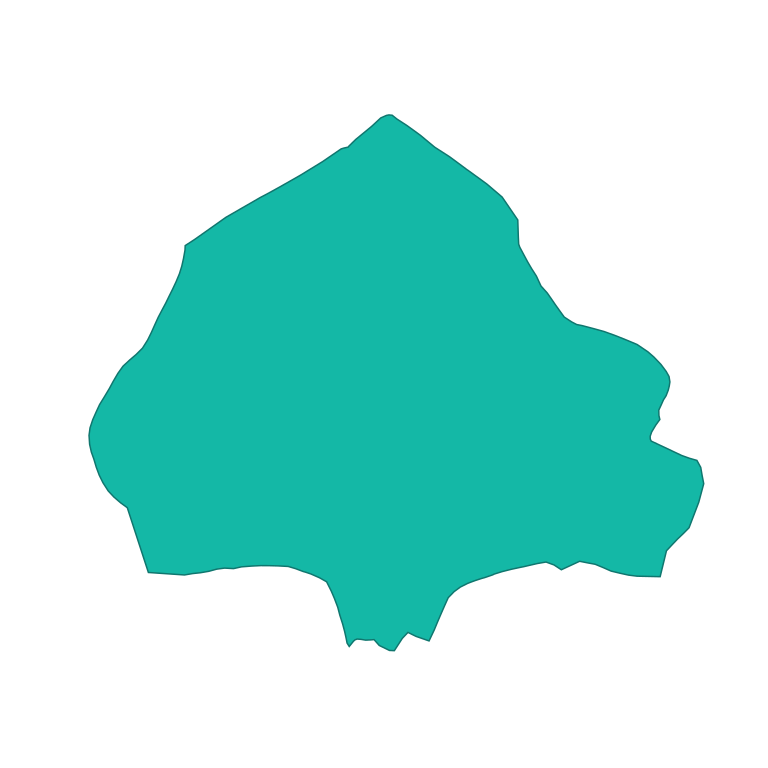 Mabyan, Hajjah, Yemen (Albers equal-area conic projection), rotated 261°
{"feature_id": "15242507B90557781353206", "entity_name": "Mabyan", "entity_type": "district", "adm_level": 2, "iso_a3": "YEM", "parent_name": "Yemen", "parent_adm1": "Hajjah", "projection": "albers", "projection_center": [43.541, 15.755], "detail": "fine", "context": "isolated", "style": "filled", "palette": "teal", "viewbox_px": 768, "rotation_deg": 261, "n_neighbors": 0, "source": "geoboundaries", "source_scale": "gbopen_adm2", "svg_char_len": 2629}
<svg xmlns="http://www.w3.org/2000/svg" viewBox="0 0 768 768"><g transform="rotate(261 384 384)"><path d="M179.0,463.0L180.2,471.2L181.1,481.1L181.6,490.4L181.7,493.3L182.1,498.8L182.7,507.4L182.8,516.2L178.7,523.6L172.8,530.1L178.3,549.5L177.7,551.1L175.6,556.8L172.9,564.4L168.3,571.9L163.7,579.0L160.1,587.7L157.0,595.6L154.6,603.9L150.5,626.6L175.1,636.9L179.9,643.1L184.9,649.6L189.5,656.3L194.3,662.8L218.0,676.4L235.3,684.1L235.6,684.2L244.0,683.9L252.1,683.8L259.6,681.1L262.9,674.0L266.7,667.1L266.8,666.9L285.8,639.0L287.9,638.4L290.7,638.7L294.8,640.9L299.7,645.0L301.0,646.1L305.8,650.9L309.8,650.6L315.2,651.3L320.1,654.6L324.7,657.6L328.3,660.8L333.5,663.8L337.3,665.4L341.3,666.7L346.8,666.7L352.2,664.7L360.0,660.6L368.4,654.8L374.6,649.6L375.8,648.3L383.4,640.2L388.8,631.5L395.2,620.8L401.4,609.6L405.9,599.7L410.7,588.8L412.6,583.6L416.1,578.9L421.9,572.5L428.4,569.2L435.6,565.6L441.3,562.9L448.3,559.5L456.2,554.4L458.6,553.7L466.7,551.4L471.1,549.5L474.7,547.9L482.1,545.0L490.1,542.2L497.9,539.5L501.1,538.9L508.4,539.7L525.1,541.8L550.2,529.9L565.5,516.8L582.0,500.3L582.2,500.0L590.4,492.0L598.1,484.4L609.9,471.2L615.9,465.9L623.9,458.9L635.5,447.3L643.6,438.3L648.2,434.1L648.8,431.6L649.0,431.1L648.9,428.4L647.3,422.4L640.4,412.1L630.0,394.4L624.5,386.6L623.6,385.7L623.3,381.1L622.9,378.4L613.2,358.0L603.3,334.1L594.9,311.8L593.2,307.1L593.1,306.9L589.0,295.3L587.6,291.1L580.1,271.5L573.4,254.0L556.4,219.6L551.8,209.3L547.4,208.4L539.3,205.6L532.0,202.7L524.9,199.2L517.6,194.7L510.8,190.1L504.5,185.6L498.2,181.2L491.6,176.2L485.3,171.5L477.9,166.6L471.3,162.3L464.5,157.5L457.2,151.1L451.9,143.8L447.7,136.9L442.4,129.0L436.2,122.9L428.9,116.9L422.6,112.1L415.3,106.0L408.2,99.9L401.5,95.4L394.4,90.8L386.7,86.8L379.3,84.6L377.9,84.5L370.5,83.8L362.6,84.3L355.1,85.7L346.8,86.8L338.4,88.5L330.4,91.0L321.5,94.9L314.4,99.7L307.6,105.5L302.0,111.1L234.7,121.8L226.6,157.1L226.7,165.4L226.3,173.1L226.4,181.6L227.3,189.8L227.1,197.8L225.2,206.5L225.7,214.5L224.9,224.6L223.9,233.9L222.5,242.4L220.9,251.0L218.8,260.8L215.4,267.9L211.4,274.9L210.4,277.1L207.8,282.1L202.7,290.0L197.6,296.4L187.8,299.5L179.9,301.5L170.7,303.4L162.6,304.2L153.5,305.6L145.8,306.4L139.3,306.8L133.9,307.0L130.2,308.6L134.6,313.5L135.8,315.2L136.3,317.5L135.4,321.3L133.9,325.8L133.3,331.2L133.1,334.2L126.5,338.4L120.0,347.7L119.0,352.5L129.9,362.3L134.9,368.8L129.7,376.2L123.2,388.3L133.3,395.2L140.5,399.6L148.1,404.4L155.9,409.4L162.9,414.0L167.9,420.7L171.5,427.6L174.0,435.5L175.0,440.2L175.7,443.9L176.7,450.2L177.0,453.0L178.5,461.6L179.0,463.0Z" fill="#14b8a6" stroke="#0f766e" stroke-width="1.5"/></g></svg>